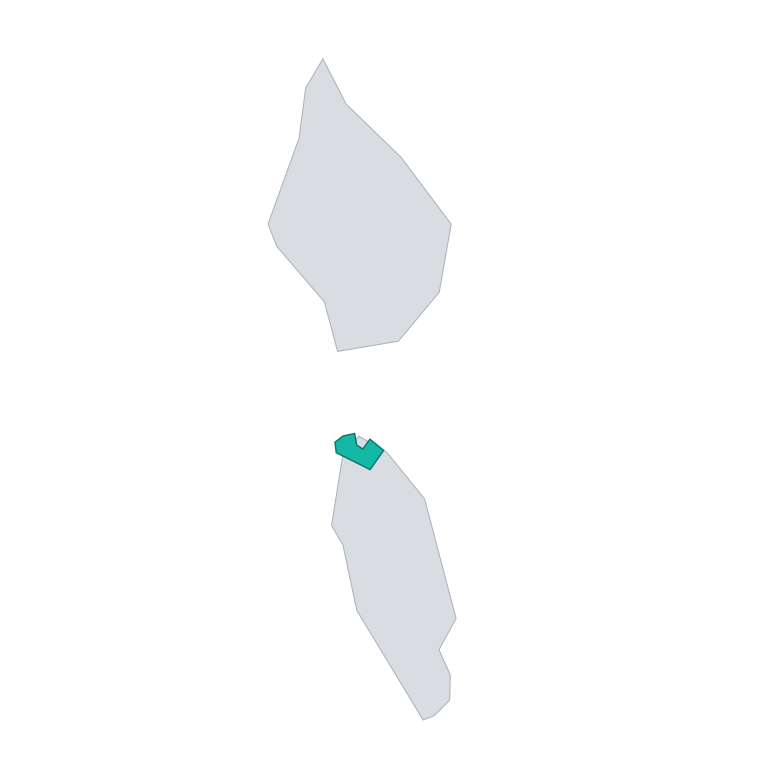 Aiga-i-le-Tai on a map of Samoa (Mercator projection), rotated 59°
{"feature_id": "WSM-4986", "entity_name": "Aiga-i-le-Tai", "entity_type": "state/province", "adm_level": 1, "iso_a3": "WSM", "parent_name": "Samoa", "parent_adm1": "", "projection": "mercator", "projection_center": [-172.029, -13.872], "detail": "fine", "context": "in_parent", "style": "filled", "palette": "teal", "viewbox_px": 768, "rotation_deg": 59, "n_neighbors": 0, "source": "natural_earth", "source_scale": "10m", "svg_char_len": 675}
<svg xmlns="http://www.w3.org/2000/svg" viewBox="0 0 768 768"><g transform="rotate(59 384 384)"><path d="M281.6,244.1L333.8,289.4L354.7,349.5L332.2,407.0L282.8,392.8L211.1,405.0L187.2,401.0L129.7,330.4L89.9,298.6L73.8,268.9L124.6,272.3L198.7,252.6L281.6,244.1ZM692.1,523.5L564.1,523.9L500.8,502.1L478.4,501.9L424.1,456.3L415.8,432.4L444.3,416.7L503.5,408.4L622.1,443.0L640.1,473.7L667.4,477.0L688.7,490.4L694.2,511.9L692.1,523.5Z" fill="#d9dde1" stroke="#a8b0b8" stroke-width="1"/><path d="M424.1,424.5L440.7,418.5L450.2,440.0L418.3,460.3L408.7,456.0L407.5,445.8L411.3,434.7L422.4,438.9L428.8,435.6L424.1,424.5Z" fill="#14b8a6" stroke="#0f766e" stroke-width="1.5"/></g></svg>